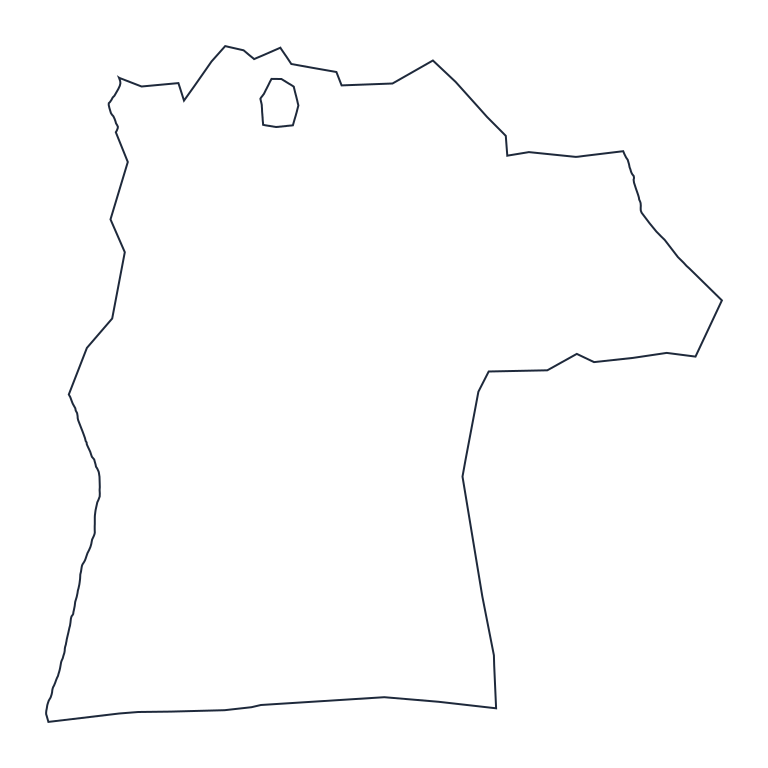 the district of Sergelen, Töv, Mongolia
{"feature_id": "93677404B51496043907868", "entity_name": "Sergelen", "entity_type": "district", "adm_level": 2, "iso_a3": "MNG", "parent_name": "Mongolia", "parent_adm1": "Töv", "projection": "orthographic", "projection_center": [106.911, 47.411], "detail": "fine", "context": "isolated", "style": "outline", "palette": "slate", "viewbox_px": 768, "rotation_deg": 0, "n_neighbors": 0, "source": "geoboundaries", "source_scale": "gbopen_adm2", "svg_char_len": 5145}
<svg xmlns="http://www.w3.org/2000/svg" viewBox="0 0 768 768"><path d="M48.4,721.9L119.2,713.5L138.2,712.0L170.9,711.6L224.6,710.2L251.5,707.2L260.9,705.0L384.3,697.2L438.8,701.8L496.1,708.3L494.2,665.8L493.9,655.3L482.3,596.3L462.5,476.6L465.5,460.0L474.8,410.9L478.4,391.7L488.7,371.5L547.3,370.3L576.8,353.9L594.0,362.1L633.0,357.9L666.7,352.9L695.5,356.6L721.9,300.4L689.4,268.5L686.5,265.9L683.6,262.7L678.0,257.2L664.7,239.9L661.1,236.4L656.4,231.6L649.6,223.3L641.6,212.7L640.8,210.6L640.7,209.3L640.7,207.5L640.8,205.8L640.6,203.1L640.1,201.5L639.2,199.6L638.9,197.6L638.3,195.5L637.5,193.1L635.9,188.5L634.0,182.6L633.6,179.6L633.9,178.8L634.0,177.7L633.7,176.0L632.3,174.3L631.4,172.6L630.9,171.2L630.4,169.4L629.6,167.3L629.0,164.2L627.7,159.8L626.1,157.5L624.5,154.3L623.2,151.2L584.3,155.9L578.2,156.7L575.8,156.9L528.8,152.1L527.2,152.4L507.7,155.6L507.3,155.7L506.6,146.7L505.8,136.0L505.8,135.9L503.2,133.2L487.0,116.9L479.7,108.7L455.8,82.1L455.4,81.7L432.9,60.5L392.5,83.5L341.6,85.4L336.4,72.0L312.4,67.8L291.3,64.0L286.2,56.3L285.2,54.9L280.7,48.3L280.4,47.7L262.3,55.6L257.3,57.7L254.1,59.1L253.6,58.6L249.4,55.2L243.6,50.3L228.6,46.9L225.7,46.2L225.2,46.1L211.5,61.5L205.6,70.0L194.2,86.3L184.0,100.6L180.0,88.0L178.4,83.1L141.6,86.5L141.3,86.4L119.3,77.9L119.0,77.7L119.2,78.2L120.2,81.2L120.4,83.3L119.8,85.8L118.3,89.0L114.4,95.8L112.7,97.5L111.5,99.8L110.0,102.0L108.8,103.2L108.7,104.9L109.4,108.0L110.9,113.0L111.9,114.6L113.4,116.3L114.6,118.9L115.5,121.4L116.0,123.3L117.1,125.1L117.9,126.8L117.7,128.3L116.7,130.8L115.8,132.2L127.8,162.0L110.5,219.4L124.8,252.2L112.2,318.5L86.9,347.9L68.8,394.5L70.3,397.2L71.5,400.5L72.7,403.6L73.8,405.6L75.3,408.3L75.7,410.5L77.1,413.1L77.6,416.1L77.7,418.2L78.2,420.3L81.5,428.8L82.3,430.8L83.5,434.0L85.0,438.2L85.7,441.1L86.6,442.4L86.8,444.3L87.8,446.6L90.2,451.7L91.0,454.2L91.9,456.8L94.2,459.5L94.6,461.1L95.6,464.6L96.0,466.7L97.2,468.5L98.6,471.6L98.9,472.8L99.5,476.8L99.7,483.2L99.8,487.2L99.6,490.0L99.8,493.4L99.7,496.5L98.3,500.2L97.3,502.3L96.6,505.5L95.6,510.0L95.3,512.1L95.1,513.8L94.9,515.3L94.8,517.2L94.8,519.8L94.8,524.0L94.7,526.2L94.7,529.3L94.8,532.6L94.5,534.1L93.8,536.0L92.1,539.6L91.6,542.2L91.3,543.9L90.9,545.3L90.4,547.0L89.0,550.2L87.5,553.1L86.7,555.4L85.6,558.7L84.9,560.5L83.7,562.6L82.8,563.9L82.1,565.3L81.7,567.0L81.3,569.6L81.0,571.6L80.6,573.2L80.3,574.5L80.2,576.7L80.1,578.6L79.9,580.4L79.6,582.7L79.3,584.7L78.9,586.5L78.5,588.4L77.9,590.4L77.5,593.1L76.7,596.9L76.0,599.2L75.2,601.9L74.7,606.0L73.9,610.0L73.4,612.2L73.2,613.9L72.6,615.0L71.5,616.4L71.3,617.2L70.9,618.7L70.5,622.3L70.0,625.7L69.4,627.8L68.4,632.4L67.4,636.6L66.7,639.6L66.5,641.1L66.1,642.9L65.9,644.3L65.1,647.0L64.8,648.8L64.7,650.9L64.3,653.0L63.4,655.8L62.7,658.4L61.7,660.5L61.1,662.3L60.6,665.2L60.1,668.0L59.6,670.2L59.1,672.0L58.5,673.9L58.0,675.9L57.0,677.9L56.1,680.1L55.2,682.7L54.0,685.6L53.2,687.0L52.7,688.4L52.3,690.1L52.1,692.2L51.6,694.5L50.6,697.5L48.8,700.5L47.9,703.1L47.3,705.1L47.0,707.0L46.7,708.9L46.3,710.7L46.1,713.0L46.2,714.4L46.6,715.6L48.4,721.9ZM294.2,120.7L292.9,125.3L291.4,125.5L291.0,125.5L290.5,125.6L290.0,125.6L289.5,125.7L288.9,125.7L288.5,125.8L287.8,125.8L287.4,125.9L286.9,125.9L286.5,126.0L286.1,126.0L285.8,126.1L285.5,126.1L285.2,126.1L284.8,126.2L284.6,126.2L284.2,126.2L283.8,126.3L283.4,126.3L283.0,126.3L282.6,126.4L282.3,126.4L281.9,126.5L281.5,126.5L281.2,126.5L280.9,126.6L280.7,126.6L280.2,126.6L279.9,126.7L279.6,126.7L279.3,126.7L278.9,126.8L278.6,126.8L278.4,126.8L278.2,126.9L277.7,126.9L277.3,126.9L277.0,126.9L276.9,127.0L276.4,127.0L276.0,127.0L275.9,127.0L274.9,126.8L273.4,126.6L273.0,126.5L271.9,126.3L271.7,126.3L271.1,126.2L270.5,126.1L270.0,126.0L269.7,126.0L269.5,125.9L269.4,125.9L269.0,125.9L268.5,125.8L268.0,125.7L267.2,125.6L266.6,125.5L266.1,125.4L265.7,125.3L265.4,125.3L264.9,125.2L263.1,124.8L263.0,122.7L262.9,122.0L262.7,119.9L262.6,117.8L262.6,117.5L262.6,117.4L262.5,117.2L262.5,116.9L262.5,116.7L262.5,116.4L262.5,116.2L262.4,115.8L262.4,115.6L262.4,115.4L262.4,115.2L262.4,114.9L262.4,114.7L262.3,114.4L262.3,114.1L262.3,113.9L262.3,113.7L262.2,113.1L262.2,112.9L262.1,111.6L262.0,108.7L261.8,106.3L261.8,106.0L261.8,105.8L261.8,105.5L261.8,105.2L261.7,104.9L261.7,104.7L261.7,104.4L261.6,104.1L261.5,103.6L261.4,103.3L261.4,103.0L261.3,102.7L261.2,102.5L261.2,102.2L261.1,101.9L261.0,101.6L261.0,101.3L260.9,101.1L260.8,100.8L260.8,100.5L260.7,100.2L260.7,99.9L260.5,99.4L260.5,99.2L260.4,98.8L260.4,98.7L261.2,97.4L262.4,95.9L262.8,95.4L262.9,95.2L263.5,94.4L263.7,94.2L263.9,93.9L264.0,93.7L265.0,91.7L265.3,91.1L265.4,90.9L265.9,89.8L266.0,89.7L267.1,87.6L267.2,87.3L267.5,86.8L268.6,84.6L269.7,82.3L271.5,78.9L280.6,79.0L281.4,79.0L289.0,83.7L289.7,84.1L290.6,84.6L292.0,85.5L293.4,86.4L293.7,86.6L293.8,86.7L293.8,86.8L293.9,87.4L293.9,87.5L294.1,88.0L294.1,88.3L294.2,88.5L295.2,92.7L295.4,93.3L295.7,94.7L295.9,95.2L296.9,99.3L297.2,100.4L297.3,100.9L297.8,103.2L298.4,105.5L298.0,106.9L297.1,110.4L297.1,110.5L297.0,110.8L296.9,111.1L296.9,111.4L296.8,111.6L296.5,112.8L296.1,114.1L295.8,115.3L294.6,119.3L294.2,120.7Z" fill="none" stroke="#1e293b" stroke-width="2"/></svg>